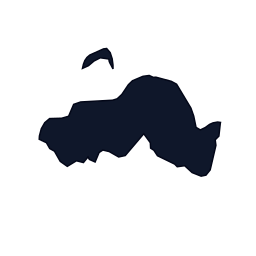 outline of Moyle, rotated 327°
{"feature_id": "GBR-2773", "entity_name": "Moyle", "entity_type": "District", "adm_level": 1, "iso_a3": "GBR", "parent_name": "United Kingdom", "parent_adm1": "", "projection": "mercator", "projection_center": [-6.248, 55.147], "detail": "fine", "context": "isolated", "style": "filled", "palette": "ink", "viewbox_px": 256, "rotation_deg": 327, "n_neighbors": 0, "source": "natural_earth", "source_scale": "10m", "svg_char_len": 1092}
<svg xmlns="http://www.w3.org/2000/svg" viewBox="0 0 256 256"><g transform="rotate(327 128 128)"><path d="M47.4,89.1L49.4,86.4L54.9,81.4L61.1,78.2L67.4,77.4L77.7,83.7L84.6,85.8L95.3,78.6L102.5,80.4L130.2,96.3L134.8,97.6L141.1,96.5L151.9,91.9L157.5,90.8L168.7,92.8L174.4,95.5L176.8,99.3L179.1,100.6L189.7,112.4L192.6,117.7L191.6,145.6L189.6,153.8L185.4,164.5L187.6,169.0L193.1,169.7L198.4,169.4L202.1,170.0L206.4,171.8L208.6,173.7L208.0,174.3L199.8,184.3L194.7,185.4L192.3,190.4L174.1,207.9L167.7,210.0L163.1,208.2L157.5,200.3L155.0,190.5L148.2,187.3L147.5,183.7L137.6,167.3L137.6,160.8L136.0,157.2L138.7,152.5L138.1,141.4L110.7,149.6L104.4,147.2L99.4,137.5L94.9,132.8L90.4,132.8L81.9,138.6L78.5,133.3L78.7,130.5L71.8,132.7L66.9,127.4L56.2,127.1L53.0,119.1L53.7,107.4L51.2,102.6L51.6,95.9L48.7,91.3L48.7,91.1L47.4,89.1ZM135.7,46.0L150.5,48.3L153.4,49.7L154.1,55.1L152.4,61.4L149.7,67.0L147.6,70.3L148.0,66.2L148.2,63.8L148.5,62.0L149.5,59.7L143.0,54.0L135.9,53.3L128.8,54.2L122.3,53.2L125.4,50.2L128.6,47.9L132.0,46.5L135.7,46.0Z" fill="#0f172a" stroke="#020617" stroke-width="1.5"/></g></svg>